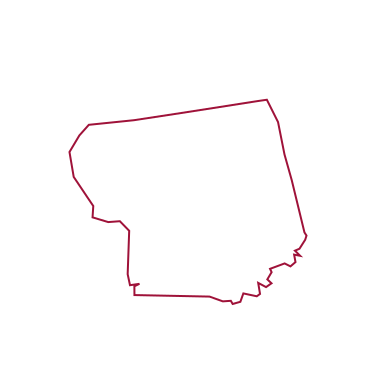 Pulaski, Kentucky, United States of America, rotated 32°
{"feature_id": "52423323B4413103622838", "entity_name": "Pulaski", "entity_type": "district", "adm_level": 2, "iso_a3": "USA", "parent_name": "United States of America", "parent_adm1": "Kentucky", "projection": "robinson", "projection_center": [-84.502, 37.111], "detail": "fine", "context": "isolated", "style": "outline", "palette": "rose", "viewbox_px": 384, "rotation_deg": 32, "n_neighbors": 0, "source": "geoboundaries", "source_scale": "gbopen_adm2", "svg_char_len": 733}
<svg xmlns="http://www.w3.org/2000/svg" viewBox="0 0 384 384"><g transform="rotate(32 192 192)"><path d="M197.8,309.9L262.3,271.4L276.1,268.4L282.6,263.7L285.8,265.4L291.2,259.5L289.3,250.8L302.2,246.1L303.7,242.4L296.3,234.0L305.2,233.4L307.8,227.3L302.2,226.2L302.0,217.8L298.9,215.8L308.4,203.5L314.9,202.9L316.9,196.6L311.8,191.0L317.5,188.8L310.4,187.2L313.2,183.2L313.3,172.5L312.2,168.3L308.8,166.7L270.3,129.1L250.5,111.1L227.9,87.1L206.6,74.1L199.5,80.1L141.0,130.7L104.7,161.9L68.9,189.7L66.5,203.7L66.9,223.0L83.7,241.9L94.9,246.9L105.8,251.8L115.7,256.2L121.1,266.2L136.9,261.9L146.3,255.0L159.3,258.2L181.0,295.8L188.8,303.9L196.1,297.7L193.1,302.5L197.8,309.9Z" fill="none" stroke="#9f1239" stroke-width="2"/></g></svg>